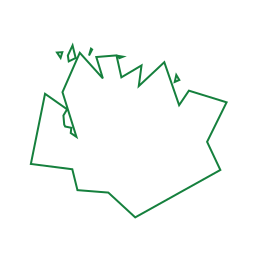 an SVG outline of Zhejiang, rotated 262°
{"feature_id": "CHN-1820", "entity_name": "Zhejiang", "entity_type": "Province", "adm_level": 1, "iso_a3": "CHN", "parent_name": "China", "parent_adm1": "", "projection": "natural_earth1", "projection_center": [120.785, 29.18], "detail": "coarse", "context": "isolated", "style": "outline", "palette": "green", "viewbox_px": 256, "rotation_deg": 262, "n_neighbors": 0, "source": "natural_earth", "source_scale": "10m", "svg_char_len": 728}
<svg xmlns="http://www.w3.org/2000/svg" viewBox="0 0 256 256"><g transform="rotate(262 128 128)"><path d="M173.4,50.6L155.0,70.3L149.4,65.8L140.2,65.3L138.2,66.0L136.1,71.9L131.0,70.6L126.4,75.7L172.6,68.1L209.2,90.7L180.6,110.0L202.7,106.5L201.5,126.7L179.1,128.5L188.1,150.1L168.0,144.5L188.1,173.1L143.5,181.8L156.5,193.5L139.7,229.2L103.3,204.4L73.6,213.6L38.5,122.7L66.8,99.5L73.5,69.3L94.9,67.1L105.9,26.8L173.4,50.6ZM217.5,84.6L204.6,85.9L202.2,78.6L208.1,78.5L217.5,84.6ZM167.1,180.7L173.8,183.2L168.4,185.5L167.1,180.7ZM212.6,68.2L212.2,73.5L206.8,71.0L212.6,68.2ZM205.2,99.5L211.7,102.4L210.7,103.4L205.2,99.5ZM200.8,128.2L199.3,133.0L198.4,129.2L200.8,128.2Z" fill="none" stroke="#15803d" stroke-width="2"/></g></svg>